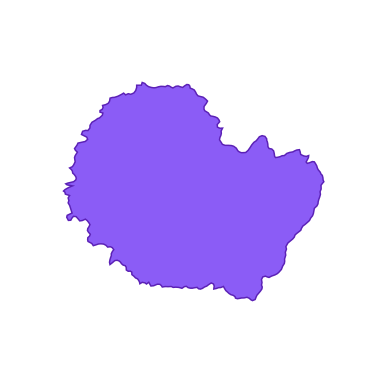 the district of Resplendor, Minas Gerais, Brazil, rotated 234°
{"feature_id": "56859067B25891370030670", "entity_name": "Resplendor", "entity_type": "district", "adm_level": 2, "iso_a3": "BRA", "parent_name": "Brazil", "parent_adm1": "Minas Gerais", "projection": "equal_earth", "projection_center": [-41.153, -19.218], "detail": "fine", "context": "isolated", "style": "filled", "palette": "violet", "viewbox_px": 384, "rotation_deg": 234, "n_neighbors": 0, "source": "geoboundaries", "source_scale": "gbopen_adm2", "svg_char_len": 4494}
<svg xmlns="http://www.w3.org/2000/svg" viewBox="0 0 384 384"><g transform="rotate(234 192 192)"><path d="M85.8,230.7L88.4,232.1L90.3,234.9L92.6,235.8L93.4,237.5L94.4,239.7L94.6,242.8L94.8,245.9L95.4,248.3L96.6,249.9L96.9,251.9L97.0,254.6L97.1,257.5L98.3,259.3L99.3,261.7L99.3,264.4L99.6,267.8L99.9,270.3L101.2,272.8L101.9,275.5L103.2,277.5L105.0,279.4L106.9,281.4L107.3,284.9L108.4,287.0L109.9,288.3L111.3,290.0L113.0,292.5L114.7,294.6L116.9,295.7L118.5,298.2L120.2,299.4L121.6,300.3L122.3,302.5L122.8,304.7L124.6,305.1L126.6,306.3L128.9,307.2L130.8,306.9L132.6,307.4L134.3,307.3L136.0,307.2L137.6,307.5L139.9,308.3L142.5,308.6L144.5,308.7L145.9,307.2L146.6,304.2L147.4,302.1L149.2,302.0L150.3,304.3L151.4,306.4L152.9,307.8L153.6,305.4L155.4,303.7L156.8,302.9L158.5,302.0L160.9,303.1L163.1,303.8L164.4,301.4L164.9,299.3L165.2,297.1L166.6,294.3L167.5,291.4L167.2,288.1L168.4,286.2L168.8,284.0L169.7,281.8L170.8,279.8L172.3,279.8L174.7,281.1L177.3,282.2L179.9,281.8L181.9,279.9L184.1,280.1L186.2,281.5L188.2,282.4L189.8,282.8L191.2,283.7L194.1,283.7L196.4,281.8L197.1,279.0L196.3,276.4L195.7,274.0L195.8,271.2L195.0,268.1L193.8,265.1L192.7,261.8L192.4,258.7L193.5,256.9L194.9,254.9L196.7,253.8L198.5,253.3L201.4,253.6L204.5,252.6L206.4,251.2L208.4,248.8L210.3,246.2L212.7,244.6L215.3,244.8L218.0,244.9L219.6,246.5L220.8,248.6L222.2,250.2L224.2,251.4L225.7,254.3L227.2,252.0L229.5,250.7L231.7,252.0L232.6,255.7L234.6,256.2L236.9,256.1L239.1,254.9L240.9,253.4L242.4,251.9L244.1,251.5L246.3,251.7L248.3,250.9L250.2,250.1L252.0,250.4L254.1,252.0L255.3,255.7L256.4,258.0L258.6,257.7L260.7,257.2L262.2,256.7L264.1,255.1L266.2,253.4L268.5,253.2L270.4,253.6L273.2,253.8L275.3,252.8L277.1,251.6L279.0,252.5L280.7,252.4L282.0,251.0L282.2,248.4L282.1,245.9L284.1,244.3L285.9,243.1L287.0,241.1L287.4,237.7L289.1,236.7L291.0,236.0L292.5,234.8L292.9,232.3L294.4,230.7L295.8,228.9L296.9,226.5L297.6,224.3L298.6,222.5L300.2,220.8L302.7,218.8L305.1,217.9L307.6,217.6L309.9,216.1L308.2,213.8L310.9,210.0L309.1,208.7L307.2,206.1L306.3,203.2L307.0,199.9L309.0,198.2L309.6,195.4L312.2,194.8L312.4,192.3L313.0,188.5L314.1,185.0L315.3,183.1L316.1,180.9L314.0,178.8L313.0,176.5L313.4,173.6L314.6,170.5L312.8,169.9L311.6,167.9L312.0,165.5L310.7,164.5L308.3,166.3L306.8,164.6L306.3,160.7L306.9,158.8L306.8,156.1L307.2,152.0L305.9,148.7L303.8,147.0L302.9,143.9L304.4,142.2L305.4,139.2L303.5,136.4L298.3,139.1L296.0,138.6L295.6,135.4L296.6,133.1L298.6,128.5L297.6,126.7L296.9,124.7L296.2,122.5L294.2,122.2L291.6,122.7L290.1,118.9L288.9,117.2L285.1,115.2L283.5,112.2L282.8,110.1L283.4,107.1L280.9,107.6L279.2,107.5L277.4,106.6L275.4,107.0L272.8,107.0L271.2,106.5L270.1,105.1L269.9,102.3L272.2,96.8L272.8,94.7L271.2,95.1L267.2,98.9L268.1,95.1L268.6,90.8L268.3,88.6L266.6,89.1L264.7,88.3L263.3,89.3L261.1,90.9L260.0,88.3L257.4,87.3L256.0,85.4L253.0,85.1L245.5,82.6L246.5,77.3L245.2,75.8L241.7,75.3L240.4,77.3L241.4,79.4L242.0,81.8L240.2,83.8L237.0,84.1L234.6,84.2L233.4,86.5L232.7,89.8L230.5,90.4L228.0,90.5L225.6,90.3L224.5,88.3L223.7,86.2L222.3,84.8L220.2,84.6L217.6,84.9L216.5,83.1L216.3,80.9L214.7,79.5L213.1,78.8L211.1,79.8L209.2,80.7L206.6,80.6L205.7,83.2L204.9,85.8L203.6,87.9L201.8,89.9L199.4,91.1L197.0,91.4L195.7,93.8L193.8,94.8L191.3,94.8L190.7,92.7L189.5,90.4L187.9,89.3L186.8,87.6L185.4,85.8L183.7,84.0L181.5,83.0L181.6,86.1L181.9,89.2L180.8,91.3L179.0,92.5L177.2,92.9L175.5,92.8L173.4,93.3L171.5,94.7L169.7,94.5L167.5,93.0L165.4,93.8L164.2,95.6L162.6,96.2L160.5,94.8L158.1,95.5L155.7,95.8L153.8,96.9L151.8,96.9L150.0,96.6L148.4,95.9L148.2,98.6L146.2,100.5L144.3,101.1L144.4,104.0L142.0,103.7L140.1,103.5L138.7,105.9L137.8,109.7L136.3,111.7L134.3,112.2L132.6,112.1L131.3,114.7L129.4,117.1L127.7,119.7L125.9,120.7L124.6,122.9L122.8,125.0L121.4,126.2L120.0,127.3L119.9,130.3L119.0,132.0L117.0,132.6L115.3,134.0L114.0,135.7L113.0,137.9L111.8,140.1L109.9,140.4L108.5,141.7L107.9,143.8L107.8,146.4L107.2,148.6L107.3,151.0L107.1,154.1L105.0,155.3L102.9,154.7L100.7,152.6L99.6,155.1L99.0,157.2L97.8,159.1L97.1,161.9L94.6,161.6L92.4,161.4L90.3,161.9L88.2,162.3L86.1,163.1L84.2,164.6L82.1,165.3L80.6,164.8L79.0,166.0L78.1,167.7L77.2,169.7L75.7,171.9L74.5,174.6L72.3,175.9L70.4,176.2L68.6,177.1L67.9,179.9L69.2,181.9L70.3,183.8L70.9,186.3L71.6,189.1L72.5,191.6L73.9,193.0L75.8,193.5L77.6,195.4L80.4,196.8L81.7,199.4L80.8,201.9L79.0,203.0L77.6,204.1L77.2,207.0L76.2,210.3L75.8,213.0L76.0,215.1L76.8,218.8L78.8,221.9L79.9,224.7L81.5,226.3L83.4,227.5L85.8,230.7Z" fill="#8b5cf6" stroke="#5b21b6" stroke-width="1.5"/></g></svg>